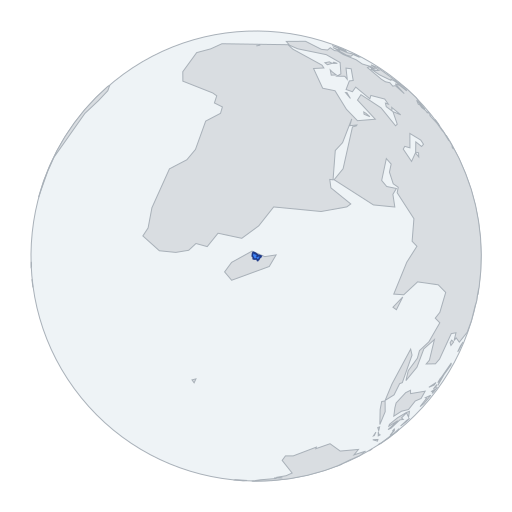 Boeny highlighted on a globe, orthographic projection, rotated 51°
{"feature_id": "MDG-5870", "entity_name": "Boeny", "entity_type": "Autonomous Province", "adm_level": 1, "iso_a3": "MDG", "parent_name": "Madagascar", "parent_adm1": "", "projection": "orthographic", "projection_center": [46.116, -16.217], "detail": "fine", "context": "on_globe", "style": "filled", "palette": "blue", "viewbox_px": 512, "rotation_deg": 51, "n_neighbors": 0, "source": "natural_earth", "source_scale": "10m", "svg_char_len": 7389}
<svg xmlns="http://www.w3.org/2000/svg" viewBox="0 0 512 512"><g transform="rotate(51 256 256)"><circle cx="256" cy="256" r="225" fill="#eef3f6" stroke="#a8b0b8"/><path d="M30.9,264.3L31.5,262.6L34.3,267.2L36.1,280.4L37.5,299.3L47.3,333.8L52.1,350.8L59.1,364.6L72.9,387.1L73.5,388.1L64.3,374.3L56.1,359.8L49.0,344.8L43.0,329.3L38.2,313.5L34.5,297.3L32.1,280.8L30.9,264.3ZM133.0,444.8L134.6,445.7L140.0,449.1L139.9,449.0L133.0,444.8ZM123.1,437.7L119.1,434.3L120.0,434.8L123.0,437.2L123.1,437.7ZM287.0,32.9L294.3,34.3L294.5,35.0L296.3,35.3L297.3,34.9L288.5,33.1L288.3,33.0L291.8,33.6L292.7,33.7L292.0,33.6L308.2,36.8L324.1,41.3L339.7,46.8L354.8,53.5L369.3,61.3L383.3,70.1L396.6,80.0L409.1,90.7L420.8,102.4L422.0,104.1L426.8,109.7L429.7,112.6L432.7,117.2L441.8,129.2L448.2,139.9L450.9,152.2L445.6,152.0L446.4,155.3L441.5,148.9L439.2,153.1L451.6,178.2L452.7,184.4L447.0,191.7L446.1,186.8L433.2,169.9L433.8,184.0L443.7,200.9L447.2,217.9L440.9,209.8L437.0,194.9L432.4,188.5L431.5,175.7L423.6,155.2L417.1,155.8L415.5,148.6L403.7,131.5L393.1,132.5L377.8,146.7L379.1,165.6L372.3,172.9L355.7,142.7L349.7,124.8L342.8,125.4L326.4,109.8L295.7,106.5L292.1,102.2L286.2,103.9L274.8,99.5L269.6,93.1L262.3,93.4L276.4,110.8L284.2,110.7L291.9,104.4L294.2,110.8L305.3,117.3L290.2,132.6L245.9,147.3L243.0,133.4L216.4,99.8L218.0,96.2L217.9,95.8L217.7,95.1L213.8,101.1L209.7,95.3L222.4,117.4L223.9,128.0L245.3,148.2L242.9,150.5L250.2,154.9L275.2,149.6L275.0,154.5L262.4,177.4L229.0,211.4L234.3,234.9L233.3,255.9L214.4,271.2L218.0,288.0L208.5,294.8L209.2,304.7L202.7,316.1L191.1,327.8L169.2,331.3L166.3,322.2L153.0,306.5L133.8,268.4L137.7,249.2L135.1,236.0L119.5,210.2L122.8,193.8L119.0,188.3L110.9,192.0L106.8,185.7L102.1,187.0L74.1,202.8L66.7,196.9L60.6,174.1L66.5,160.9L69.6,148.9L111.9,98.2L118.5,97.2L149.2,84.6L152.6,84.9L146.5,93.3L167.6,98.6L177.3,90.6L198.8,93.4L214.7,92.0L224.8,77.2L198.7,79.0L196.7,72.9L219.5,65.6L242.6,65.6L242.5,63.3L230.0,58.7L237.4,54.7L225.9,57.0L229.0,59.0L221.9,60.8L218.6,59.2L221.3,57.6L215.0,57.2L203.5,65.7L205.5,68.6L187.5,72.2L189.0,77.7L183.3,81.2L178.7,73.3L180.8,70.0L170.4,64.2L166.6,67.8L176.1,73.9L172.2,73.9L167.2,79.9L167.9,75.4L158.6,68.9L143.7,74.7L121.2,93.2L113.3,97.3L108.3,97.4L120.3,82.4L136.6,75.1L141.0,70.7L140.9,67.2L145.8,65.7L147.8,63.7L154.3,61.4L166.5,54.7L173.6,52.6L181.4,47.3L186.1,45.8L180.1,49.1L179.7,50.8L197.6,47.3L202.0,45.8L205.6,42.9L210.1,42.8L211.3,40.5L223.1,38.6L209.8,39.4L213.7,37.1L222.5,35.0L221.4,34.7L207.1,38.3L203.6,39.8L204.4,40.6L192.7,46.1L185.9,48.1L189.1,43.7L179.8,46.4L186.4,42.8L220.8,33.6L233.6,31.9L248.4,32.2L243.7,33.0L236.0,33.1L240.3,34.4L241.3,33.6L245.0,33.8L249.7,32.6L252.5,32.8L252.2,31.7L256.2,31.8L256.4,32.5L266.7,31.8L275.9,32.4L276.9,32.3L275.3,31.9L288.0,33.6L284.1,32.8L281.7,32.3L282.3,32.3L287.0,32.9ZM425.8,107.9L425.3,107.4L421.1,102.8L425.8,107.9ZM94.8,119.9L93.0,123.4L93.0,123.5L94.8,119.9ZM265.6,74.3L280.4,75.6L276.2,67.2L281.5,67.2L278.1,64.7L275.8,66.6L267.9,60.0L275.1,58.4L274.6,55.5L269.6,55.0L257.6,59.3L268.8,68.3L264.4,71.4L265.6,74.3ZM152.2,57.2L153.4,57.2L149.3,59.7L140.4,64.3L146.2,60.4L152.2,57.2ZM155.9,56.8L161.6,52.2L167.3,49.9L163.2,51.8L166.4,50.7L160.5,53.7L160.5,56.6L157.0,59.2L142.4,65.0L149.1,61.4L147.6,61.4L155.9,56.8ZM158.1,81.2L161.0,80.9L165.9,79.6L162.8,83.7L158.1,81.2ZM151.3,76.8L154.2,75.6L152.3,80.1L149.2,80.8L151.3,76.8ZM157.5,71.6L154.5,75.2L154.3,73.6L157.5,71.6ZM182.9,48.2L186.2,47.3L185.9,47.8L183.3,49.2L182.9,48.2ZM219.4,79.8L213.8,82.8L211.9,81.6L214.2,80.8L219.4,79.8ZM186.2,82.5L193.0,83.5L185.3,83.6L186.2,82.5ZM313.7,380.0L315.6,383.9L312.0,383.7L313.7,380.0ZM272.5,252.3L259.5,290.2L248.6,290.4L245.6,279.0L249.7,256.0L262.0,249.6L267.8,239.7L272.5,252.3ZM468.3,273.6L470.0,277.1L469.7,278.0L468.3,273.6ZM466.6,267.5L469.0,270.6L465.9,269.3L466.6,267.5ZM469.8,271.8L472.1,272.7L473.1,272.2L472.7,274.2L469.8,271.8ZM464.9,265.8L453.4,256.1L448.2,249.9L449.9,246.9L458.3,253.6L464.9,265.8ZM449.5,246.5L441.0,230.8L425.7,194.4L431.2,197.1L446.5,222.0L445.6,224.7L450.8,236.1L449.5,246.5ZM468.2,240.6L467.2,249.7L461.3,243.5L458.4,239.6L456.4,225.7L457.6,220.4L460.2,222.5L467.5,209.6L470.6,217.4L468.9,223.5L471.3,234.1L468.2,240.6ZM380.2,167.7L386.1,180.7L382.0,181.8L380.2,167.7ZM468.4,198.9L466.8,204.3L467.6,195.7L468.4,198.9ZM467.7,190.0L468.8,194.5L466.8,189.0L467.7,190.0ZM448.2,160.8L445.6,159.8L444.5,156.9L447.2,156.5L448.2,160.8ZM453.1,149.2L456.7,157.3L457.4,159.6L454.5,153.6L453.1,149.2ZM268.2,31.1L267.0,31.0L270.7,31.5L262.5,30.9L264.1,30.9L268.2,31.1ZM416.8,412.9L424.8,404.2L422.5,407.6L416.7,413.5L416.8,412.9ZM429.4,399.8L428.2,400.9L431.6,396.6L430.0,398.0L432.9,393.1L441.8,380.1L439.9,381.5L445.1,375.1L440.8,379.6L445.7,370.9L447.4,364.5L431.3,364.3L429.9,358.9L434.8,352.8L442.5,329.4L443.4,330.8L448.5,316.6L460.6,313.3L470.8,298.1L472.2,305.0L476.6,293.7L476.5,300.9L473.6,311.3L470.1,326.1L472.0,320.0L466.1,337.2L458.9,353.9L450.3,370.0L440.4,385.3L429.4,399.8ZM472.3,280.9L475.3,276.7L476.3,278.1L472.3,280.9ZM478.5,291.1L478.8,289.3L479.1,287.2L478.5,291.1ZM480.2,277.8L480.4,268.1L480.4,262.1L480.9,261.7L480.2,253.4L481.1,256.6L480.9,268.0L481.1,265.3L480.2,277.8ZM479.8,277.0L479.9,277.9L479.5,279.9L479.8,277.0ZM478.1,257.9L477.9,260.2L477.4,256.9L478.1,257.9ZM478.8,258.0L479.8,264.8L478.6,259.8L478.8,258.0ZM472.6,237.8L473.4,244.8L475.7,244.4L473.9,247.3L474.8,259.6L474.0,262.6L473.2,249.5L471.9,259.9L470.8,258.2L470.8,247.8L472.2,237.8L473.3,234.5L477.2,238.8L472.6,237.8ZM479.1,250.6L478.6,242.6L478.8,238.8L479.3,243.6L479.1,250.6ZM476.3,223.3L473.9,213.0L472.7,213.6L474.2,207.8L476.4,218.5L476.3,223.3ZM472.7,204.4L471.7,204.8L472.1,201.0L472.7,204.4ZM470.9,201.7L469.7,196.3L471.0,198.7L470.9,201.7ZM473.5,205.8L472.0,197.4L473.5,203.5L473.5,205.8ZM466.4,184.2L471.1,196.2L466.8,187.9L462.0,171.5L463.4,173.1L466.4,184.2Z" fill="#d9dde1" stroke="#a8b0b8" stroke-width="1"/><path d="M251.3,256.0L251.3,255.9L251.5,255.9L251.8,255.7L252.0,255.5L252.1,255.3L252.2,255.2L252.3,255.1L252.6,255.0L252.8,254.9L252.8,255.1L252.9,255.3L252.9,255.5L253.0,255.6L253.3,255.4L253.3,255.2L253.2,255.2L253.8,255.0L253.9,254.9L254.0,255.0L254.0,255.3L254.1,255.1L254.2,254.9L254.2,254.7L254.3,254.4L254.5,254.3L254.8,254.4L255.1,254.3L255.3,254.2L255.4,254.3L255.4,254.5L255.5,254.5L255.8,254.6L255.7,254.5L255.8,254.4L255.7,254.3L255.7,254.2L255.8,254.2L256.0,254.0L256.3,254.0L256.5,254.0L256.5,254.3L256.4,254.3L256.4,254.5L256.5,254.6L256.7,254.9L256.7,255.0L256.8,255.1L256.8,254.9L256.9,255.0L257.0,255.0L257.0,254.9L257.3,254.9L257.3,255.0L257.4,254.9L257.2,254.7L256.9,254.5L256.7,254.4L256.8,254.3L256.9,254.2L256.7,254.0L256.7,253.9L256.8,253.8L256.8,253.7L257.1,253.5L257.3,253.2L257.5,253.2L257.8,252.9L258.0,252.9L258.0,252.7L258.6,252.4L258.9,252.1L259.1,252.1L259.3,252.0L259.3,252.3L259.6,252.5L259.4,252.8L259.2,253.2L259.2,253.3L259.3,253.3L259.3,253.2L259.5,253.1L259.8,253.0L259.8,253.7L259.9,254.4L260.1,255.2L260.3,255.6L260.6,256.0L260.6,256.3L260.3,256.7L260.0,257.0L260.5,257.3L260.7,257.6L260.5,257.8L260.2,257.7L259.8,257.5L259.3,257.4L258.7,257.5L258.2,257.5L258.1,258.2L257.8,258.9L257.3,259.0L257.1,259.3L256.9,259.4L256.7,259.9L256.5,260.0L256.0,259.7L255.7,259.3L255.6,259.0L254.8,259.0L254.4,258.8L253.7,259.0L253.5,258.6L253.1,258.5L252.8,258.2L252.7,257.8L252.3,257.6L251.9,257.2L251.6,256.8L251.6,256.3L251.3,256.0Z" fill="#3b82f6" stroke="#1e3a8a" stroke-width="1.5"/></g></svg>